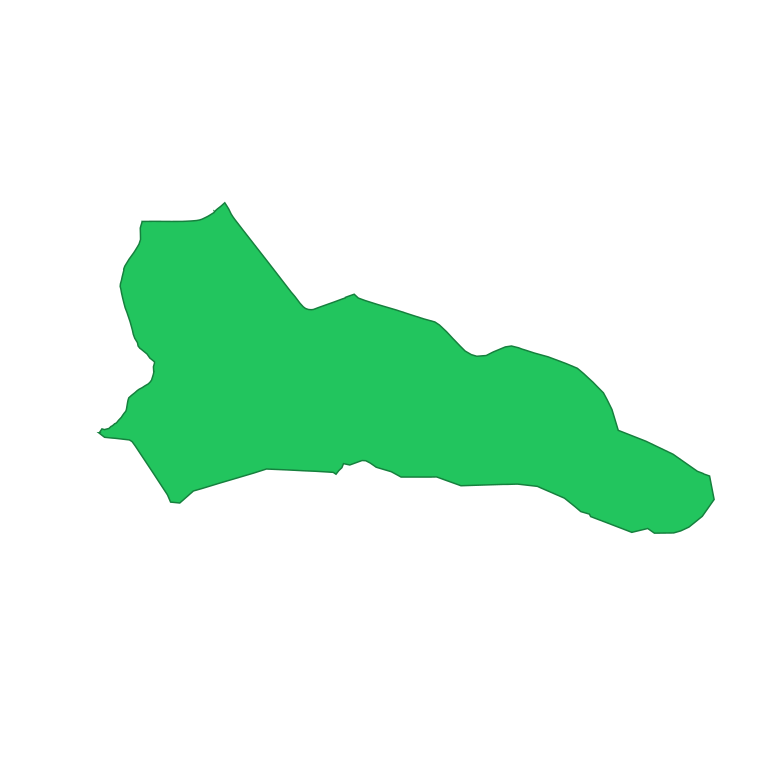 Ifako/Ijaye, Lagos, Nigeria, rotated 164°
{"feature_id": "59680162B46296414727789", "entity_name": "Ifako/Ijaye", "entity_type": "district", "adm_level": 2, "iso_a3": "NGA", "parent_name": "Nigeria", "parent_adm1": "Lagos", "projection": "orthographic", "projection_center": [3.317, 6.663], "detail": "fine", "context": "isolated", "style": "filled", "palette": "green", "viewbox_px": 768, "rotation_deg": 164, "n_neighbors": 0, "source": "geoboundaries", "source_scale": "gbopen_adm2", "svg_char_len": 2964}
<svg xmlns="http://www.w3.org/2000/svg" viewBox="0 0 768 768"><g transform="rotate(164 384 384)"><path d="M96.4,205.8L101.2,209.2L102.0,210.1L106.8,213.7L123.0,233.7L125.4,236.7L148.0,256.8L171.6,274.9L171.9,296.6L173.9,307.6L175.5,315.0L179.9,323.0L182.6,328.1L186.3,334.1L189.1,338.8L193.8,345.8L203.4,353.5L218.8,364.9L230.9,372.3L238.3,377.3L242.0,379.7L244.6,381.7L251.0,385.4L257.2,386.2L269.3,384.8L270.7,384.6L277.9,383.2L287.2,385.1L292.0,388.2L296.9,393.3L300.7,400.1L303.0,404.5L305.3,408.8L309.5,417.1L314.5,425.5L318.0,429.6L328.1,435.8L340.2,443.9L351.7,451.7L368.4,462.3L379.1,469.4L385.0,473.7L387.9,478.5L393.4,478.2L397.3,477.9L397.6,477.4L400.0,477.3L409.2,476.6L425.2,475.6L431.4,475.1L433.6,475.5L436.2,476.5L438.6,478.2L440.3,480.4L442.5,484.8L444.1,489.0L445.4,492.4L446.6,495.1L447.9,497.9L460.9,530.6L477.3,571.3L478.4,574.1L479.6,577.1L482.1,583.4L483.2,586.5L484.1,589.6L485.0,594.9L486.1,598.8L487.1,602.1L491.9,599.8L495.9,598.2L498.0,597.2L498.5,596.7L499.4,596.8L499.5,596.9L499.5,596.3L499.8,595.9L500.0,595.7L502.2,595.1L504.9,594.3L507.2,593.7L510.5,593.1L513.5,592.6L516.1,592.5L519.1,592.8L523.7,593.7L528.1,594.7L532.7,595.8L543.4,598.8L551.9,601.3L554.6,602.1L561.1,604.0L571.3,606.8L571.7,607.0L572.3,605.8L573.9,603.4L575.3,601.1L576.7,595.6L578.2,590.0L581.0,585.9L584.3,582.8L588.2,579.3L594.6,574.3L600.7,568.7L602.6,566.1L602.6,565.3L606.3,558.9L607.7,556.2L609.7,553.0L610.7,550.5L610.8,547.7L611.2,543.9L611.5,538.8L611.7,533.5L611.8,528.6L611.3,523.1L611.3,522.3L610.9,513.9L611.0,505.1L611.3,500.8L611.0,496.7L609.9,492.7L609.6,491.7L609.9,488.3L608.8,485.6L607.7,484.2L603.5,478.1L601.9,473.4L598.5,468.6L599.0,467.1L600.9,464.1L602.0,459.2L601.8,459.2L603.3,456.5L605.0,453.9L606.4,451.8L608.3,450.3L610.5,449.1L614.4,448.1L617.6,447.1L620.7,446.5L623.0,445.7L626.1,444.2L629.8,442.7L633.1,441.1L634.4,439.2L635.5,437.1L638.6,430.6L639.7,429.0L641.6,427.7L643.8,426.0L645.6,424.4L649.0,422.4L652.0,420.3L653.9,420.0L655.5,419.2L656.7,418.7L658.2,418.4L660.6,417.1L665.3,417.2L667.5,418.6L670.6,416.0L670.2,415.7L670.7,415.4L671.6,415.7L669.5,412.8L667.3,409.8L661.3,407.4L657.1,405.8L644.1,400.4L642.0,398.0L640.2,393.0L630.7,363.0L622.7,337.1L621.7,329.3L613.1,325.9L596.7,333.7L587.7,333.7L570.2,334.0L557.4,334.1L533.5,334.3L520.1,334.7L519.9,334.5L500.7,328.1L493.7,325.7L484.7,322.6L474.2,319.1L457.2,313.1L455.0,310.5L451.3,313.2L447.5,315.2L444.9,318.6L439.2,315.6L426.2,316.5L422.7,315.3L419.1,311.9L415.9,308.0L414.5,306.2L410.0,303.3L401.2,297.7L396.1,292.7L393.3,289.9L364.8,281.7L359.1,280.2L349.6,273.3L340.4,266.7L338.1,265.0L322.6,261.1L297.3,254.7L296.6,254.5L292.7,253.4L283.6,251.1L282.3,250.6L264.7,243.3L263.2,242.0L261.9,240.9L242.0,224.5L234.3,213.6L230.0,207.1L222.4,202.3L221.9,199.6L215.5,194.8L195.8,180.0L186.7,173.1L170.3,172.4L165.2,166.1L146.6,161.0L139.3,161.0L130.3,162.4L128.9,163.0L114.5,169.1L98.5,182.0L96.4,205.8Z" fill="#22c55e" stroke="#15803d" stroke-width="1.5"/></g></svg>